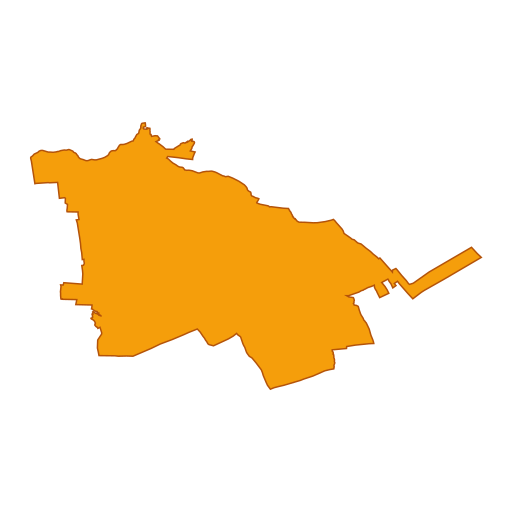 Malusteni, Vaslui, Romania (Natural Earth projection)
{"feature_id": "2599482B23513240550687", "entity_name": "Malusteni", "entity_type": "district", "adm_level": 2, "iso_a3": "ROU", "parent_name": "Romania", "parent_adm1": "Vaslui", "projection": "natural_earth1", "projection_center": [27.912, 46.177], "detail": "fine", "context": "isolated", "style": "filled", "palette": "amber", "viewbox_px": 512, "rotation_deg": 0, "n_neighbors": 0, "source": "geoboundaries", "source_scale": "gbopen_adm2", "svg_char_len": 5952}
<svg xmlns="http://www.w3.org/2000/svg" viewBox="0 0 512 512"><path d="M481.3,257.4L477.2,253.5L471.5,247.3L429.1,272.0L413.3,283.2L409.5,284.4L408.5,283.6L406.3,280.6L401.7,275.5L397.1,269.8L395.9,268.5L392.5,270.1L392.4,272.1L379.9,258.0L378.7,258.8L377.0,257.1L373.3,254.2L370.5,251.5L366.1,248.2L361.1,244.0L358.2,243.1L357.4,242.7L354.2,239.8L352.0,239.2L350.6,238.0L344.4,233.7L344.0,233.4L343.2,231.0L342.0,229.0L336.3,222.6L334.9,220.8L333.4,219.4L331.2,220.2L325.2,221.6L317.4,222.7L313.4,222.8L304.9,222.3L299.1,222.2L297.2,221.2L296.0,219.7L295.1,219.2L295.3,218.8L295.1,218.6L294.4,218.4L293.5,217.7L293.4,217.0L292.6,216.6L292.5,215.5L291.5,213.9L290.9,212.3L289.6,210.7L289.5,210.2L289.0,209.6L288.5,208.5L283.2,208.2L271.1,206.7L269.5,206.9L268.8,206.2L268.0,205.8L260.0,204.2L256.9,203.0L256.7,202.6L256.8,202.4L258.0,200.5L258.9,198.8L257.9,198.3L255.4,197.7L253.3,196.5L251.8,196.0L251.1,194.9L251.0,193.2L250.6,192.1L248.9,191.2L247.8,190.3L247.3,189.4L247.2,188.7L246.8,187.7L245.9,186.5L244.3,184.8L239.0,181.3L232.7,178.1L228.2,176.3L225.4,176.7L223.9,176.0L222.6,175.8L216.9,172.8L215.0,172.0L212.6,171.3L211.2,171.1L208.0,171.4L206.9,171.3L202.9,171.9L199.5,173.0L197.9,172.9L192.4,170.8L190.9,170.5L188.8,170.2L186.6,170.3L184.7,169.9L184.0,168.8L183.1,167.7L182.2,167.3L179.5,167.0L177.8,166.2L176.1,164.9L172.8,163.0L170.3,160.9L168.7,159.3L167.3,158.3L166.7,158.1L167.7,156.5L178.5,157.7L186.0,158.8L192.6,159.5L192.7,157.8L194.2,153.9L195.1,152.0L190.3,150.9L191.8,148.5L192.2,146.7L192.9,145.8L194.3,143.3L194.5,142.5L194.3,141.9L193.6,141.4L191.9,141.4L191.6,141.2L191.5,140.2L192.2,139.9L192.1,139.1L190.7,139.5L190.1,140.3L189.0,141.1L187.4,142.1L187.4,141.5L185.0,143.1L183.3,142.7L181.0,143.6L180.5,144.0L180.3,144.8L174.3,148.5L173.9,149.3L165.7,149.2L163.0,146.7L159.4,144.0L157.8,143.0L156.0,141.6L159.0,140.3L158.6,139.7L159.8,138.9L157.5,135.9L155.1,135.7L151.6,136.4L151.0,134.5L150.4,134.5L150.2,134.2L150.0,133.1L150.1,131.6L149.9,130.7L150.0,129.3L149.9,128.3L149.6,128.2L147.7,128.5L147.7,127.8L146.9,127.8L146.7,127.9L146.8,129.2L145.9,129.2L143.7,128.9L143.3,128.5L143.4,127.1L145.2,126.7L145.6,126.3L145.3,122.9L145.2,122.8L142.1,123.3L141.6,123.7L140.8,126.0L140.8,127.9L140.1,129.2L139.3,130.2L138.7,133.2L137.6,134.1L136.8,134.5L136.1,135.8L135.8,136.2L134.9,138.1L133.9,139.2L133.2,140.9L131.5,141.3L127.1,143.4L124.7,144.2L123.1,144.5L120.6,144.5L119.5,145.2L118.1,147.4L117.6,148.4L117.1,149.2L116.4,149.6L116.0,150.3L115.2,150.7L113.3,150.6L111.6,150.9L111.1,151.1L109.8,152.3L109.4,152.8L108.6,154.6L107.6,155.6L104.8,157.3L102.2,158.3L96.3,159.9L94.6,159.9L91.6,159.4L90.1,159.8L88.0,160.6L86.6,160.7L85.8,160.6L83.3,159.6L80.4,158.8L79.5,158.2L78.4,157.0L77.9,155.8L76.6,154.4L76.3,153.7L75.2,152.9L73.9,152.4L73.5,152.1L73.0,151.3L72.3,150.9L69.8,149.8L68.9,149.5L66.2,150.2L64.3,150.0L60.8,150.6L58.4,151.5L57.5,151.5L56.2,151.9L53.1,152.3L50.4,152.1L48.3,152.1L42.6,150.4L41.0,150.4L39.2,151.1L37.8,152.4L34.2,154.1L32.5,156.0L30.9,157.1L30.7,157.6L30.7,158.4L31.4,161.2L34.9,183.7L36.3,183.4L48.2,182.6L49.5,182.8L57.6,182.4L59.4,198.3L64.6,197.7L65.4,198.3L65.2,203.0L67.5,204.4L67.2,208.3L67.0,209.5L66.9,211.0L67.1,211.8L78.1,212.0L78.1,214.4L79.0,219.5L76.3,219.9L77.3,223.0L79.7,237.9L80.5,243.6L80.9,248.6L81.7,252.7L82.3,259.6L83.9,259.3L84.0,261.8L84.3,262.9L84.2,263.8L83.4,265.3L81.8,265.5L82.5,270.5L82.8,274.0L82.2,284.1L63.8,282.7L63.2,285.0L60.6,284.9L61.0,286.4L60.5,291.4L60.4,291.9L60.6,292.8L60.6,295.7L60.9,298.9L61.9,298.9L61.8,299.2L62.9,299.3L76.8,299.6L75.8,304.6L92.0,305.0L91.9,307.0L91.5,308.9L92.6,309.2L93.2,309.9L95.7,311.3L97.1,311.5L97.3,311.7L97.3,312.2L97.5,312.5L98.8,313.1L98.2,313.7L98.3,314.0L100.9,315.6L100.9,315.9L98.8,315.2L98.4,314.5L97.8,314.3L96.8,313.4L96.5,313.6L96.0,313.2L95.5,313.4L93.5,311.8L92.9,311.7L92.6,312.0L93.1,312.8L92.8,313.5L92.9,313.9L91.7,313.6L92.0,313.8L92.1,314.6L92.5,315.5L92.4,316.3L92.7,316.8L92.6,317.4L92.0,318.0L91.5,318.3L91.2,318.1L91.0,318.5L91.2,318.8L93.3,320.0L94.3,320.9L95.3,322.8L95.3,323.2L95.1,323.7L95.3,323.9L94.9,324.5L94.8,325.0L95.6,326.1L96.1,326.6L96.6,326.7L97.0,327.3L97.5,327.5L97.9,328.4L100.0,327.3L101.7,332.8L101.6,334.1L97.9,339.7L97.7,340.2L97.4,348.0L98.3,352.1L99.0,355.6L115.0,355.8L118.4,356.2L126.5,356.0L133.0,356.2L151.2,348.4L160.3,344.0L172.3,339.5L183.7,334.7L188.8,332.4L197.3,329.0L200.2,332.1L203.0,336.3L204.5,338.2L205.6,340.2L206.7,341.6L207.9,343.8L209.0,344.6L213.5,345.8L228.4,338.9L233.2,336.1L236.6,333.4L237.6,334.7L240.3,336.6L240.7,337.2L242.9,343.7L243.7,345.5L244.8,347.4L246.4,352.0L247.1,353.3L249.3,356.3L251.8,357.8L252.7,358.8L256.1,362.9L261.3,369.8L262.3,372.3L263.3,375.6L266.2,382.5L267.5,385.3L270.4,389.2L274.1,387.7L278.3,386.6L283.8,385.3L300.4,380.4L303.6,379.1L313.0,376.0L324.8,370.8L329.7,369.6L333.8,368.9L333.9,368.6L333.8,367.9L334.1,367.4L334.0,366.7L334.2,366.2L333.9,365.5L334.0,365.1L334.4,364.0L334.6,363.8L334.8,362.6L334.4,361.8L334.5,359.8L334.2,358.5L333.8,357.7L333.9,356.9L333.8,356.4L333.8,356.0L333.7,354.8L333.1,354.2L333.3,353.4L333.1,353.1L333.2,352.5L333.0,352.0L332.2,351.1L332.2,349.8L346.5,348.5L346.7,346.5L355.4,345.1L369.1,343.7L373.8,343.5L373.4,341.7L372.7,339.6L370.9,335.2L369.2,329.1L366.3,323.0L365.2,321.7L364.7,320.9L363.9,320.2L363.1,318.2L361.1,315.0L360.5,313.7L359.2,309.9L358.3,306.6L358.1,306.3L356.4,305.4L354.2,305.1L353.8,304.1L353.5,303.7L353.4,303.4L353.9,302.9L354.0,302.4L353.9,301.8L354.3,300.2L353.7,298.3L353.3,297.6L348.7,296.9L346.7,295.7L348.5,295.7L358.9,292.1L361.3,290.7L363.3,290.1L364.2,289.4L365.1,289.1L367.8,287.6L371.5,286.4L374.3,285.2L374.5,287.4L375.6,289.7L376.4,290.7L377.1,292.4L379.7,297.6L388.8,293.3L387.2,290.0L385.0,286.5L381.7,282.5L387.9,279.1L388.4,279.8L389.0,281.2L390.9,283.7L392.8,287.9L396.0,285.6L394.3,283.5L397.5,281.3L399.4,283.8L407.9,293.5L412.8,298.8L421.2,292.4L424.1,290.5L444.4,279.0L481.3,257.4Z" fill="#f59e0b" stroke="#b45309" stroke-width="1.5"/></svg>